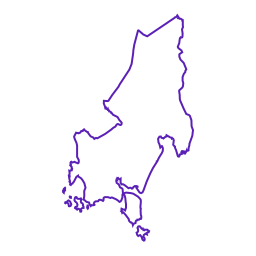 Prey Nob, Krong Preah Sihanouk, Cambodia (Equal Earth projection)
{"feature_id": "14789045B88399484092706", "entity_name": "Prey Nob", "entity_type": "district", "adm_level": 2, "iso_a3": "KHM", "parent_name": "Cambodia", "parent_adm1": "Krong Preah Sihanouk", "projection": "equal_earth", "projection_center": [103.742, 10.678], "detail": "fine", "context": "isolated", "style": "outline", "palette": "violet", "viewbox_px": 256, "rotation_deg": 0, "n_neighbors": 0, "source": "geoboundaries", "source_scale": "gbopen_adm2", "svg_char_len": 5897}
<svg xmlns="http://www.w3.org/2000/svg" viewBox="0 0 256 256"><path d="M177.3,15.4L176.4,16.9L174.9,17.4L174.5,17.9L147.2,36.3L143.3,34.5L138.6,30.4L138.0,30.6L134.3,44.6L133.4,50.0L133.1,53.7L131.6,64.0L129.3,69.7L119.6,84.5L118.5,86.7L112.3,94.9L108.4,100.8L107.6,101.1L103.9,100.8L103.8,103.5L104.9,106.3L105.4,108.5L105.6,108.5L105.6,107.4L105.8,107.3L106.6,109.0L107.2,109.2L107.7,108.7L107.9,109.9L108.5,109.8L108.9,110.4L109.1,111.3L109.5,111.3L110.9,112.1L111.1,112.7L111.3,112.6L111.8,113.1L112.9,114.7L117.5,117.0L119.4,120.1L120.9,121.7L121.7,122.9L121.5,124.2L121.2,124.7L120.6,125.0L119.6,124.8L118.0,124.0L117.2,124.2L116.2,125.2L115.4,126.6L113.4,127.7L111.2,129.6L105.2,133.9L97.3,138.3L96.0,137.9L94.3,138.9L93.4,137.6L90.6,136.3L88.2,133.1L87.8,132.0L86.8,131.8L84.3,129.9L84.0,129.4L83.1,130.1L82.7,131.1L81.3,131.0L80.2,132.6L78.7,133.3L78.1,132.9L77.4,133.1L76.1,132.7L74.3,136.1L74.1,136.8L74.8,139.1L76.5,142.9L77.1,145.6L77.1,156.9L78.7,159.9L78.8,162.0L78.4,163.0L77.9,163.3L75.3,162.3L74.7,161.8L72.4,162.5L71.6,161.9L71.4,162.2L71.0,162.1L70.9,162.6L70.6,162.6L70.4,163.0L70.9,164.6L70.3,165.0L70.2,165.3L71.1,166.1L71.1,166.5L71.7,166.9L71.8,168.1L72.1,168.6L71.8,168.9L72.1,169.1L71.7,170.4L70.0,170.6L69.6,171.8L69.4,171.6L69.6,173.4L69.4,174.8L68.8,175.3L68.9,175.9L69.4,175.4L69.6,175.7L69.7,176.5L69.2,178.2L70.0,181.3L69.5,181.8L70.1,182.6L70.4,184.0L70.1,184.6L70.8,185.0L71.4,184.0L72.6,183.5L73.1,182.5L73.8,181.9L76.3,177.0L77.8,175.8L78.0,175.7L78.0,176.3L81.1,178.3L82.6,180.2L84.4,183.3L85.5,187.7L84.2,191.1L84.3,196.0L83.9,198.4L83.4,199.5L84.6,200.1L86.4,201.8L89.0,202.5L90.0,205.1L90.7,206.1L91.6,205.1L92.9,205.3L94.4,205.0L94.5,204.6L93.9,204.1L93.8,203.3L94.4,202.2L95.5,201.4L98.2,201.2L98.9,200.0L99.6,199.7L101.2,200.0L103.0,200.9L103.6,200.0L103.5,198.2L104.2,197.4L105.0,197.1L107.8,197.1L110.5,198.0L111.4,197.5L112.1,197.5L116.3,199.4L118.6,201.0L119.4,201.9L120.6,201.4L121.4,200.2L122.5,197.2L122.4,194.8L123.0,193.5L122.6,189.2L122.3,188.6L120.0,187.3L118.8,184.4L116.7,182.9L116.2,180.9L116.5,180.0L117.0,180.1L116.6,179.2L117.2,178.7L117.3,178.1L117.9,178.4L118.2,178.1L118.9,179.0L119.7,179.4L120.6,178.7L120.6,182.7L121.5,184.4L122.9,184.2L124.6,185.1L128.5,188.2L130.1,187.7L130.9,187.9L132.0,188.7L132.5,188.5L133.6,186.8L134.4,186.5L134.7,186.1L136.1,186.0L137.5,186.4L137.6,186.8L136.6,187.2L136.3,187.7L139.3,192.1L139.9,192.7L141.1,193.1L142.5,192.4L143.5,190.4L146.7,181.5L150.2,173.5L153.0,168.0L156.8,162.0L156.8,161.4L157.2,161.4L159.0,157.6L161.7,153.3L162.8,150.9L162.9,148.2L162.0,146.1L161.7,146.1L160.3,147.6L159.5,144.4L158.5,142.4L158.1,138.8L159.4,136.7L160.8,136.5L161.4,137.7L162.3,138.1L163.2,138.0L163.6,138.4L165.2,136.9L166.5,136.5L166.7,136.0L166.4,135.6L166.5,135.2L170.4,137.5L171.8,137.7L171.9,138.6L172.4,138.4L173.2,138.8L173.8,140.4L173.2,144.7L173.7,145.5L175.0,146.6L174.9,147.5L176.1,150.2L177.6,155.4L177.9,156.3L178.4,156.6L179.0,156.6L179.7,155.5L179.7,154.5L181.8,153.9L181.6,153.5L181.8,152.8L181.3,152.3L181.9,151.1L182.9,151.1L183.1,152.0L183.1,152.7L183.3,152.8L183.6,151.7L184.4,151.5L184.8,152.9L184.6,153.5L185.0,153.6L185.7,152.5L185.3,152.2L185.4,151.9L185.9,152.1L186.1,151.9L186.6,150.6L186.7,151.0L187.2,150.4L187.9,150.7L188.5,150.4L188.6,148.0L189.3,145.6L189.5,143.6L192.3,135.8L193.0,130.1L191.6,126.3L191.4,120.1L189.9,115.9L188.9,115.0L186.3,114.0L183.7,108.7L180.2,100.6L179.8,98.9L179.7,95.0L179.1,91.0L179.4,90.2L182.1,87.8L182.9,86.5L183.3,83.1L182.6,80.8L182.6,77.1L183.8,73.9L185.3,72.0L185.3,70.9L186.3,69.3L183.7,62.9L180.5,59.6L179.4,56.9L179.3,54.5L179.6,54.0L182.2,52.3L181.4,50.4L179.0,48.6L178.0,47.6L177.8,46.8L179.3,42.9L179.5,40.7L179.9,38.4L180.6,37.3L181.5,37.6L182.2,37.3L182.5,36.3L182.6,33.2L182.0,29.4L183.0,27.1L182.8,25.4L182.8,21.1L182.5,21.0L182.7,20.1L182.1,20.0L181.8,19.4L180.6,18.7L179.8,18.8L179.5,18.4L178.2,18.2L178.6,17.3L177.3,15.4ZM130.8,193.1L126.2,192.6L124.6,193.0L124.0,193.6L124.0,194.3L124.8,196.0L125.3,198.0L125.7,202.3L126.0,203.9L126.0,207.8L125.1,210.4L123.9,209.5L123.2,209.5L121.5,208.7L121.4,209.1L121.8,210.6L121.8,211.1L121.3,211.3L121.9,212.0L122.2,212.9L122.8,212.3L123.3,212.3L125.7,215.0L128.8,219.2L128.8,220.1L129.4,221.3L130.7,222.5L131.2,222.4L131.8,222.8L132.6,223.9L132.9,225.1L133.3,224.2L133.9,223.6L135.5,223.1L135.8,221.1L136.2,220.6L137.3,220.3L137.4,219.7L139.0,219.7L139.8,218.8L140.8,219.0L141.2,218.5L141.3,216.1L140.8,215.0L140.6,210.6L140.8,208.4L140.5,208.2L140.4,206.8L140.8,202.5L140.8,200.1L140.2,199.0L138.1,196.7L133.3,193.7L130.8,193.1ZM139.7,226.3L138.3,226.4L137.5,227.7L137.6,228.3L138.0,229.0L138.2,230.8L137.7,232.0L136.6,232.6L137.2,234.9L138.3,236.0L139.4,235.3L140.2,235.1L141.6,236.9L142.5,239.6L143.8,240.6L144.4,240.4L144.7,239.4L144.5,238.1L143.5,236.9L143.7,235.1L145.5,233.7L146.9,234.4L146.7,233.5L146.8,232.9L147.4,232.4L148.6,232.3L149.1,231.1L147.0,229.6L145.4,229.8L144.7,229.6L144.2,230.2L143.6,229.7L143.3,229.9L142.8,228.5L141.8,228.8L139.7,226.3ZM77.9,198.8L76.9,198.3L76.7,197.3L76.0,197.0L75.1,197.5L74.7,198.6L74.5,200.3L74.9,201.1L76.7,202.8L77.5,204.7L77.1,206.4L76.1,207.0L75.6,206.9L75.1,207.4L75.1,208.2L76.3,208.8L76.8,209.5L77.3,209.6L77.9,208.7L78.8,208.8L79.9,209.7L80.3,211.6L81.0,211.7L81.4,210.9L80.6,210.1L81.0,209.0L82.2,208.1L83.6,207.9L83.5,206.5L82.9,205.7L83.1,204.7L82.4,203.3L81.3,202.8L81.0,202.2L80.8,201.6L81.2,199.0L80.9,198.4L79.4,198.9L77.9,198.8ZM71.3,204.3L70.1,201.5L68.5,200.4L67.8,200.8L66.7,202.0L65.4,202.2L65.1,203.0L65.5,203.3L66.9,202.5L67.6,202.9L68.4,203.8L68.9,206.2L69.1,206.3L70.5,206.0L71.3,204.3ZM63.8,192.8L64.0,191.7L64.4,190.9L65.1,190.5L64.9,189.3L65.2,188.1L65.0,187.8L63.8,188.9L63.6,189.8L63.0,190.8L63.1,192.1L63.8,192.8ZM87.7,208.7L88.2,207.9L87.7,204.7L87.1,207.4L87.5,208.5L87.7,208.7ZM70.9,197.9L71.0,197.2L70.9,196.8L69.9,196.5L69.7,196.9L70.1,197.7L70.9,197.9Z" fill="none" stroke="#5b21b6" stroke-width="2"/></svg>